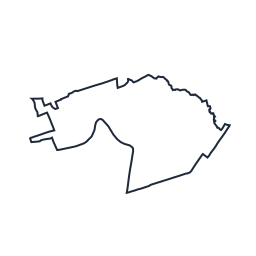 Macin, Tulcea, Romania, rotated 336°
{"feature_id": "2599482B26463842882157", "entity_name": "Macin", "entity_type": "district", "adm_level": 2, "iso_a3": "ROU", "parent_name": "Romania", "parent_adm1": "Tulcea", "projection": "mercator", "projection_center": [28.155, 45.247], "detail": "fine", "context": "isolated", "style": "outline", "palette": "slate", "viewbox_px": 256, "rotation_deg": 336, "n_neighbors": 0, "source": "geoboundaries", "source_scale": "gbopen_adm2", "svg_char_len": 5540}
<svg xmlns="http://www.w3.org/2000/svg" viewBox="0 0 256 256"><g transform="rotate(336 128 128)"><path d="M100.5,186.7L102.7,187.1L105.1,187.3L109.3,187.9L111.4,188.0L115.5,188.7L124.0,189.5L125.3,189.1L156.4,192.6L161.5,193.1L162.3,193.2L163.2,193.5L163.7,193.6L164.2,193.6L164.6,193.7L166.4,193.8L167.8,193.2L168.5,192.9L170.9,191.3L175.7,188.2L179.6,185.8L184.6,182.8L185.8,182.2L187.4,185.1L188.6,187.3L189.0,187.1L189.7,186.7L190.5,186.4L191.8,185.6L193.4,184.4L194.4,183.9L195.1,183.5L195.6,183.2L196.6,182.7L197.5,182.3L199.6,181.0L200.0,180.7L200.6,180.4L202.2,179.3L203.0,178.7L206.9,176.3L211.1,173.9L213.7,172.3L216.1,170.8L218.2,169.4L221.6,167.3L221.8,167.0L222.0,166.8L220.2,165.8L218.2,163.8L214.3,166.6L213.3,167.2L212.2,167.7L211.3,166.5L211.3,166.2L211.3,165.8L211.2,165.5L211.0,165.0L210.8,164.7L210.5,164.4L210.3,164.2L210.2,164.2L210.1,164.3L209.9,164.3L209.8,164.2L209.7,164.1L209.7,163.7L209.7,163.3L209.8,162.9L209.8,162.7L209.6,162.0L209.2,160.1L209.1,159.7L208.9,159.0L208.9,158.6L209.1,157.8L210.7,157.1L210.5,156.4L209.5,156.4L209.6,155.8L209.8,155.2L210.3,154.5L210.5,154.2L210.7,153.9L210.9,153.4L211.0,152.9L212.0,153.0L211.9,152.2L211.7,151.4L211.7,150.8L211.7,150.6L211.7,150.2L211.9,149.4L211.0,149.3L211.1,148.9L210.3,148.7L209.8,148.5L209.7,148.4L209.7,148.1L209.7,147.6L209.6,147.3L209.6,146.8L209.6,146.7L209.1,146.6L209.2,145.6L209.6,144.5L209.9,144.5L210.0,144.5L210.1,144.2L210.5,144.3L210.6,144.2L210.8,144.0L210.9,143.9L211.1,143.7L211.4,143.6L211.5,143.4L211.5,143.1L211.7,141.4L211.3,141.2L210.5,140.9L210.0,140.7L209.8,140.6L209.8,140.4L209.8,140.1L210.1,139.0L210.3,138.0L210.4,137.1L210.9,134.7L210.3,134.6L206.4,134.2L206.5,133.8L206.5,133.2L206.7,132.7L206.6,132.4L206.5,132.2L206.4,131.9L206.3,131.4L206.1,131.0L206.1,130.9L206.1,130.7L206.0,129.9L205.8,129.7L205.4,129.3L205.3,129.2L205.0,128.2L204.9,128.0L204.7,127.8L204.5,127.5L204.4,127.3L204.3,126.9L203.9,126.1L203.6,125.9L203.3,125.7L203.2,125.6L203.2,125.0L203.1,124.8L202.9,124.8L202.7,124.8L202.5,124.7L202.3,124.5L202.2,124.4L201.7,124.6L201.3,124.6L201.0,124.5L200.9,124.4L200.9,124.2L200.8,123.9L200.6,123.8L200.1,123.7L199.9,123.6L199.7,123.7L199.4,123.6L199.1,123.5L198.8,123.2L198.7,123.2L198.5,122.8L198.5,122.6L198.4,122.0L198.3,121.4L198.3,121.0L198.1,120.5L198.1,120.3L198.0,119.9L197.8,119.6L197.6,119.5L197.2,119.0L196.9,118.7L196.7,118.2L196.4,117.7L196.2,116.9L196.1,116.6L195.9,116.4L195.4,116.1L194.8,115.8L193.7,115.4L192.4,115.0L191.8,115.0L191.1,115.0L191.0,114.9L190.4,114.3L190.0,113.8L189.8,113.4L189.5,113.1L189.4,113.0L188.9,112.8L188.1,112.4L187.7,112.3L187.5,112.2L186.8,112.5L186.7,112.5L186.1,112.0L185.8,111.8L185.5,111.7L185.2,111.7L184.7,111.7L184.4,111.6L184.5,111.3L184.5,111.0L184.4,110.8L184.3,110.4L184.1,109.3L184.0,109.1L184.1,108.9L184.3,108.5L184.4,108.2L184.5,108.0L184.7,107.3L184.7,107.1L184.6,106.9L183.9,106.0L183.4,105.5L183.2,105.2L183.1,104.9L183.1,104.5L183.2,104.0L183.3,103.4L183.6,102.4L183.6,102.2L183.5,101.8L183.5,101.7L183.3,101.2L183.1,101.2L182.9,101.1L183.0,100.1L182.8,99.8L182.6,99.3L182.3,98.9L182.1,98.7L181.9,98.0L181.5,96.9L181.3,96.4L180.6,95.5L180.5,95.4L180.2,95.3L179.7,95.2L179.2,95.1L178.1,94.4L177.5,94.0L177.3,93.7L177.1,93.4L176.8,93.2L176.7,93.2L176.4,93.3L175.9,93.6L175.4,93.8L174.6,93.8L174.3,93.9L174.0,94.1L173.9,94.3L173.4,94.0L172.7,93.6L172.3,93.4L172.2,93.2L172.1,92.9L171.7,92.4L171.1,91.6L171.0,91.4L170.9,90.9L170.7,90.5L170.4,90.1L169.8,89.5L169.4,89.0L169.1,88.7L168.8,88.4L168.7,88.1L168.6,87.9L168.4,87.8L167.7,87.7L167.3,87.7L167.2,87.8L166.3,87.9L160.8,88.2L159.8,88.3L158.6,88.5L156.7,88.7L155.7,88.8L155.0,88.8L151.7,88.6L151.4,88.0L150.9,86.5L150.7,86.0L150.4,85.6L149.9,85.3L149.5,84.8L149.2,84.5L148.3,83.3L148.1,83.2L147.9,83.2L147.8,83.3L147.7,83.7L147.7,84.4L147.5,84.7L147.2,85.2L146.3,86.0L145.5,86.4L144.4,86.7L143.8,87.0L143.1,87.3L142.3,87.5L141.4,87.6L140.7,87.6L138.1,87.4L134.9,87.2L135.6,84.6L137.6,79.0L138.0,78.1L137.5,78.0L136.9,78.0L136.5,77.9L136.0,77.9L135.1,77.7L133.8,77.6L133.5,77.7L133.3,77.7L132.6,77.6L131.0,77.5L130.6,77.4L128.9,77.3L128.3,77.3L126.4,77.1L125.7,77.0L125.2,76.9L124.2,76.9L123.5,76.8L122.0,76.7L120.9,76.5L115.0,75.7L96.6,73.7L96.2,73.1L94.9,72.7L93.3,72.6L91.3,73.0L90.1,73.1L89.7,72.9L88.8,72.8L88.0,72.9L87.8,72.8L87.5,73.1L87.2,73.6L86.8,73.9L86.1,74.7L78.6,74.4L78.5,74.8L72.4,74.6L72.1,81.3L69.3,81.1L67.5,78.4L67.4,77.4L67.1,75.4L67.2,74.0L60.8,73.7L61.1,68.0L61.9,66.2L59.2,65.2L52.2,62.2L52.3,62.4L52.4,62.8L52.8,64.8L52.9,65.9L52.9,66.3L52.9,66.7L52.8,67.3L52.4,68.6L52.2,69.2L51.6,70.8L51.6,71.1L51.3,72.6L51.3,73.5L51.4,74.5L51.6,75.8L51.7,76.4L51.7,76.8L51.3,77.8L50.7,79.6L50.4,80.3L50.5,80.6L50.8,80.6L54.1,80.8L56.0,80.8L60.3,81.0L60.3,86.2L60.2,89.4L60.0,93.5L59.9,97.0L59.7,100.2L59.1,100.1L57.9,99.9L54.2,99.2L45.9,98.5L41.2,98.1L38.1,97.7L36.5,97.7L34.9,97.3L34.7,97.5L34.3,97.8L34.0,101.6L38.6,103.2L41.7,104.2L42.1,104.2L42.3,104.2L43.3,103.9L43.5,103.8L45.3,104.1L45.6,104.1L48.2,104.7L50.8,105.4L51.1,105.6L52.0,105.8L53.0,106.0L53.7,106.0L53.9,106.0L54.6,105.9L54.3,110.4L54.3,111.3L54.3,119.3L56.9,120.1L68.1,122.5L72.9,123.5L81.4,124.1L84.2,123.7L88.0,122.2L91.3,121.0L96.5,116.3L98.8,112.7L100.9,110.0L103.2,108.7L105.1,108.2L107.0,108.8L108.0,110.1L108.8,112.3L110.8,118.6L111.3,122.8L111.3,123.0L111.9,127.5L112.0,128.2L113.6,133.9L114.3,135.3L115.6,137.9L118.3,141.1L122.3,144.4L123.8,146.8L124.3,148.6L123.4,151.0L116.5,161.6L113.5,166.0L109.5,172.2L106.8,176.7L105.7,178.5L102.6,183.6L100.5,186.7Z" fill="none" stroke="#1e293b" stroke-width="2"/></g></svg>